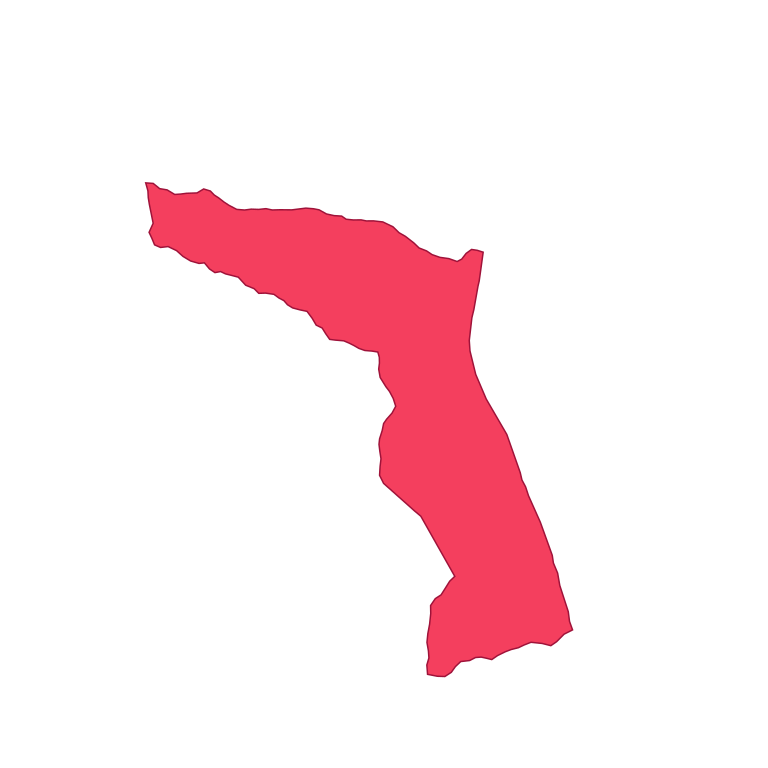 the district of Rubinéia, São Paulo, Brazil, rotated 138°
{"feature_id": "56859067B49644953402614", "entity_name": "Rubinéia", "entity_type": "district", "adm_level": 2, "iso_a3": "BRA", "parent_name": "Brazil", "parent_adm1": "São Paulo", "projection": "orthographic", "projection_center": [-51.01, -20.263], "detail": "fine", "context": "isolated", "style": "filled", "palette": "rose", "viewbox_px": 768, "rotation_deg": 138, "n_neighbors": 0, "source": "geoboundaries", "source_scale": "gbopen_adm2", "svg_char_len": 2225}
<svg xmlns="http://www.w3.org/2000/svg" viewBox="0 0 768 768"><g transform="rotate(138 384 384)"><path d="M461.4,640.9L458.7,635.0L452.5,630.6L448.9,621.9L448.0,613.3L445.4,604.8L440.8,597.4L436.4,594.2L436.7,586.3L435.1,579.9L430.2,576.9L428.1,571.9L425.0,567.3L420.8,560.9L420.7,550.0L416.7,541.7L416.4,535.2L411.2,530.8L405.8,524.3L404.5,518.1L402.6,512.9L402.7,507.5L401.0,501.7L396.9,495.4L392.6,489.5L393.4,480.9L395.0,473.1L392.5,467.0L393.7,460.2L394.5,453.5L390.9,449.3L385.0,443.0L382.5,437.6L380.6,432.7L378.8,427.2L375.8,421.7L370.9,416.5L367.2,411.9L369.6,407.0L373.4,402.6L378.0,398.6L382.5,391.4L384.4,380.7L384.9,374.8L386.8,367.1L390.2,359.6L397.5,357.0L405.6,356.1L410.7,354.9L416.5,350.6L424.0,346.2L428.1,342.5L431.9,337.1L436.3,330.4L442.0,325.4L448.4,319.1L450.8,310.4L446.2,268.9L445.1,261.1L460.1,193.7L467.1,193.5L475.1,191.2L482.7,189.1L489.4,190.2L497.6,188.2L502.8,182.2L510.8,175.0L518.4,169.2L525.0,163.2L529.6,155.9L533.9,150.4L540.2,146.5L545.9,139.1L539.9,131.1L534.5,125.9L526.9,124.7L520.1,126.2L512.7,126.4L505.4,121.2L499.0,119.5L494.5,116.0L491.4,111.7L488.3,107.1L481.3,106.2L473.2,103.9L467.2,101.6L460.6,98.1L454.5,96.3L447.6,93.7L440.1,85.4L435.1,77.9L428.2,77.0L417.6,77.6L408.4,75.1L405.0,83.4L399.4,91.5L388.2,116.6L381.5,127.3L377.9,137.6L373.6,144.1L360.3,176.7L351.4,204.2L347.6,212.8L345.7,220.4L342.1,226.9L326.5,264.3L318.1,304.4L309.4,329.8L298.0,351.0L291.5,359.3L274.4,374.4L267.4,379.2L248.7,393.8L244.4,396.8L236.3,403.6L222.1,415.6L225.2,420.9L228.9,425.4L235.6,426.1L242.7,424.8L247.7,426.1L251.9,433.8L257.7,440.7L261.7,448.0L263.3,454.4L266.9,461.6L267.4,468.7L269.3,479.4L271.6,486.4L272.1,494.7L276.4,505.2L282.6,512.2L288.0,517.0L291.2,521.3L297.0,526.4L301.9,531.8L303.1,537.1L308.4,542.5L313.0,548.9L315.7,556.9L319.2,561.5L324.4,567.0L329.4,570.5L336.0,575.1L344.6,583.0L350.6,588.1L354.4,593.3L360.3,597.6L365.7,602.8L371.2,606.6L376.6,612.3L379.7,620.7L381.2,626.5L382.3,632.8L383.7,638.0L383.9,643.6L387.5,649.6L395.1,651.1L403.2,657.9L408.0,661.2L412.7,664.9L415.3,673.4L420.0,679.3L421.3,687.5L426.5,692.9L430.2,685.5L434.5,680.2L438.3,674.3L448.0,657.9L457.1,653.9L459.0,647.6L461.4,640.9Z" fill="#f43f5e" stroke="#9f1239" stroke-width="1.5"/></g></svg>